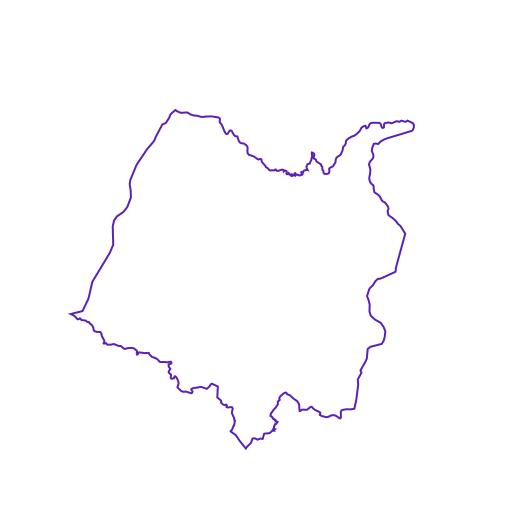 the district of Lamarm, Xékong, Laos, rotated 202°
{"feature_id": "54806243B71027577228634", "entity_name": "Lamarm", "entity_type": "district", "adm_level": 2, "iso_a3": "LAO", "parent_name": "Laos", "parent_adm1": "Xékong", "projection": "orthographic", "projection_center": [106.782, 15.39], "detail": "fine", "context": "isolated", "style": "outline", "palette": "violet", "viewbox_px": 512, "rotation_deg": 202, "n_neighbors": 0, "source": "geoboundaries", "source_scale": "gbopen_adm2", "svg_char_len": 6141}
<svg xmlns="http://www.w3.org/2000/svg" viewBox="0 0 512 512"><g transform="rotate(202 256 256)"><path d="M406.1,132.8L403.1,132.6L401.4,132.2L397.8,130.5L396.9,130.9L395.9,132.2L395.3,132.2L394.3,131.4L393.6,131.3L390.0,132.3L387.6,131.7L385.9,132.1L385.1,131.3L382.1,130.4L380.1,128.7L378.7,126.6L377.5,125.8L375.0,126.0L372.0,127.2L371.5,127.1L369.9,125.7L369.7,125.0L368.8,123.9L365.0,120.8L364.6,120.0L364.7,118.1L364.2,117.8L362.5,119.0L361.1,118.2L360.2,118.3L357.2,119.5L355.3,120.9L353.9,121.2L350.0,121.1L347.4,121.9L344.3,120.8L342.8,120.7L340.4,122.5L337.3,124.1L335.9,124.5L334.7,124.6L331.1,123.6L330.6,122.9L329.8,120.4L329.3,120.0L328.8,120.4L328.8,122.2L328.3,122.9L323.2,124.1L319.3,125.9L318.8,125.8L318.1,124.9L314.4,123.4L311.7,123.7L309.0,123.4L305.7,121.9L304.5,122.0L301.4,123.4L298.2,124.2L296.0,125.9L295.1,126.0L294.5,125.5L294.3,124.8L294.7,124.1L296.1,123.0L296.3,122.2L295.3,120.6L293.1,119.2L293.7,116.6L293.4,115.5L293.0,115.1L290.2,114.1L289.7,111.8L288.8,110.6L288.0,110.7L286.3,111.9L286.4,113.9L286.1,114.2L285.2,114.1L283.9,113.3L282.2,111.8L280.3,109.6L279.9,108.2L279.8,105.4L279.6,104.8L274.9,102.8L272.2,102.9L270.3,104.0L264.6,104.5L264.0,105.1L264.0,106.5L265.7,107.6L266.1,108.2L265.9,108.8L264.4,110.2L260.6,112.3L259.0,113.6L257.7,114.1L251.9,114.4L250.5,117.1L249.6,120.6L249.0,121.1L242.5,120.7L238.9,110.4L234.9,109.1L234.2,108.6L233.4,106.9L230.8,105.9L229.0,106.1L228.2,106.9L227.6,106.9L226.9,106.4L226.8,105.0L225.4,104.9L223.5,106.1L221.8,106.8L221.2,106.6L220.3,105.6L220.2,104.0L219.5,101.3L215.3,97.2L214.7,95.9L213.9,95.6L212.8,90.4L213.3,89.6L213.1,86.4L213.4,85.1L213.9,84.5L213.8,83.8L207.6,82.4L201.8,78.4L193.3,73.7L192.9,75.8L190.6,80.8L190.9,84.6L190.7,85.5L190.0,86.0L188.4,86.5L185.7,86.3L183.5,88.4L181.3,88.9L181.9,94.0L181.6,94.5L177.4,96.6L176.8,97.2L175.5,100.0L174.8,100.3L174.6,100.7L173.6,100.9L174.1,101.6L173.6,102.5L175.2,102.2L175.0,103.6L175.4,104.4L175.2,105.2L175.5,106.0L175.4,106.7L174.8,107.3L175.1,107.9L174.2,108.4L173.9,110.3L175.8,110.3L176.2,111.0L176.8,110.7L177.2,111.4L178.2,111.3L178.6,111.7L179.2,111.5L180.4,112.7L181.4,112.7L182.1,113.2L182.7,113.2L183.2,115.3L182.1,119.9L181.0,122.7L180.2,126.7L181.2,129.1L181.0,129.9L180.3,130.7L180.1,131.5L181.0,132.4L181.2,133.5L180.7,135.4L178.9,139.0L177.5,140.4L176.7,140.6L175.4,139.5L172.5,139.6L167.6,137.8L163.3,136.8L161.3,135.3L160.1,133.9L158.5,130.4L157.4,128.6L156.9,128.9L155.8,130.8L151.1,132.5L148.8,136.6L147.8,137.0L145.8,136.0L143.5,135.4L138.6,135.1L137.6,134.7L137.3,132.6L135.1,132.3L130.4,132.9L129.1,133.6L126.5,136.4L124.9,137.3L123.4,137.8L121.5,137.7L117.9,136.9L116.9,137.1L116.8,138.0L119.0,143.3L118.9,144.6L118.4,145.5L114.6,147.9L111.3,149.0L107.6,151.2L109.1,160.0L113.0,174.9L115.4,179.6L114.5,187.3L116.3,189.1L114.9,198.9L114.9,202.7L117.6,211.6L116.0,214.6L106.5,221.6L105.9,225.4L106.4,229.4L107.8,234.5L111.1,238.0L115.3,240.8L121.8,241.6L127.3,243.7L130.1,247.2L132.3,253.4L135.2,257.4L138.0,260.4L138.6,267.3L138.3,269.0L136.6,272.9L136.0,277.0L134.5,280.4L132.8,281.2L130.2,283.6L120.9,293.5L120.8,294.0L121.9,297.7L126.0,332.6L133.4,338.0L136.3,338.9L139.7,340.9L143.3,342.3L148.2,343.4L149.1,344.2L150.9,347.2L150.9,349.7L152.1,351.2L154.8,353.0L156.9,354.1L159.1,354.1L160.3,354.8L163.8,357.8L165.8,358.6L170.0,359.4L172.0,362.2L173.1,364.8L173.8,365.5L176.2,366.2L178.1,367.5L179.7,369.6L180.4,371.4L181.0,374.8L182.3,379.0L185.6,383.3L185.7,385.9L184.2,390.2L184.2,391.6L185.2,394.0L187.6,396.3L188.3,397.6L188.7,399.4L188.8,404.1L187.0,405.2L184.6,405.6L183.3,409.0L180.9,412.0L178.3,414.4L158.4,430.4L157.8,431.6L157.8,434.3L158.9,436.9L160.5,438.0L166.3,438.3L167.2,436.9L168.0,436.3L172.0,435.9L173.3,434.1L175.7,433.8L176.6,433.3L178.9,430.8L180.2,429.8L183.0,429.5L186.1,427.7L186.5,427.1L186.6,426.0L185.6,423.3L185.8,422.7L186.6,422.2L187.2,422.2L187.8,422.6L189.7,424.9L190.6,425.5L191.5,425.6L197.7,423.3L199.4,422.1L200.1,420.7L200.1,417.8L200.6,416.5L201.5,415.7L202.9,417.5L203.5,417.7L205.3,416.0L206.3,414.3L206.5,411.8L207.0,409.8L208.6,406.4L210.0,404.3L212.3,402.2L212.7,401.4L213.7,400.5L215.5,397.3L215.6,396.0L214.9,393.9L215.1,392.2L216.0,389.6L215.3,386.2L215.4,382.0L215.9,380.9L217.4,378.8L218.2,377.3L218.2,375.4L217.4,372.4L218.2,368.2L218.4,367.7L219.2,367.0L220.8,364.9L220.8,364.1L219.5,361.8L219.6,359.8L220.5,359.0L222.9,357.9L224.0,358.0L224.6,358.6L225.3,360.0L226.8,360.9L227.8,363.3L229.2,364.1L229.9,365.2L234.9,366.2L235.8,366.7L236.6,367.8L239.0,368.1L239.4,368.5L239.8,371.8L240.7,372.7L242.1,373.0L242.9,372.9L242.7,371.9L241.4,369.9L240.7,365.3L241.0,362.7L240.7,361.9L242.7,360.4L242.6,357.6L242.0,356.6L240.3,355.0L241.2,354.9L243.3,353.4L243.7,352.8L243.7,350.7L245.3,350.9L245.5,350.6L245.3,350.3L243.5,349.2L243.7,348.6L245.9,346.9L249.1,346.8L249.6,345.3L250.1,345.7L250.0,347.0L250.7,347.5L251.1,347.1L251.3,344.8L253.1,343.4L253.4,343.6L253.2,345.0L253.5,345.2L254.2,344.3L255.2,343.9L255.8,344.1L256.1,344.9L256.9,345.2L257.3,343.8L258.0,343.4L258.5,343.6L259.4,346.1L260.8,346.2L261.4,346.0L261.9,344.8L262.6,345.9L263.2,346.1L264.4,345.7L267.8,342.9L269.1,342.9L269.8,343.6L270.4,343.5L271.2,342.2L273.7,341.3L274.3,340.8L275.7,340.6L277.7,341.7L280.1,342.1L280.6,342.8L285.6,345.3L286.4,346.2L286.8,347.2L287.4,347.7L288.6,347.5L289.9,346.4L290.8,346.4L295.4,347.5L300.6,347.2L302.3,348.2L303.3,350.1L304.1,352.7L305.0,354.2L307.0,355.3L309.7,355.7L311.7,355.1L313.4,355.2L314.9,356.1L318.0,359.8L320.3,359.4L321.9,360.0L325.3,362.8L326.4,362.9L327.3,362.5L328.1,358.7L328.9,358.1L330.0,358.2L332.7,360.5L334.7,362.7L336.9,364.8L339.5,366.3L340.2,367.4L340.5,369.2L341.4,370.1L343.3,370.3L349.5,368.8L354.3,366.7L358.1,364.7L359.9,364.3L362.6,364.1L366.8,362.9L369.6,362.7L372.7,363.3L373.9,363.2L379.2,360.6L382.9,360.6L385.5,361.1L388.3,355.4L388.3,351.3L389.4,345.6L392.1,342.9L393.6,328.4L393.4,326.1L393.9,323.4L396.9,314.7L400.9,295.8L401.0,279.3L400.1,275.4L396.8,269.9L393.9,263.4L393.7,253.1L395.5,247.1L399.8,240.6L400.9,235.7L399.9,229.7L392.6,213.0L392.7,206.1L392.8,203.7L398.1,170.6L395.7,156.2L395.4,152.8L396.2,140.0L406.1,132.8Z" fill="none" stroke="#5b21b6" stroke-width="2"/></g></svg>